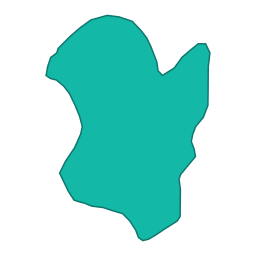 Puryong, Hamgyŏng-bukto, North Korea
{"feature_id": "82179303B95814990753322", "entity_name": "Puryong", "entity_type": "district", "adm_level": 2, "iso_a3": "PRK", "parent_name": "North Korea", "parent_adm1": "Hamgyŏng-bukto", "projection": "robinson", "projection_center": [129.695, 42.122], "detail": "fine", "context": "isolated", "style": "filled", "palette": "teal", "viewbox_px": 256, "rotation_deg": 0, "n_neighbors": 0, "source": "geoboundaries", "source_scale": "gbopen_adm2", "svg_char_len": 926}
<svg xmlns="http://www.w3.org/2000/svg" viewBox="0 0 256 256"><path d="M209.3,51.6L205.6,43.8L198.2,43.8L190.8,49.8L181.9,57.4L174.4,67.9L162.5,75.4L158.1,70.9L156.8,61.9L153.9,54.4L151.0,46.9L146.7,37.9L140.9,30.4L132.2,21.3L119.0,16.9L107.2,15.4L91.0,19.9L80.6,27.4L70.1,36.4L58.2,48.4L56.7,53.0L50.7,57.5L47.7,66.5L46.1,75.5L50.5,78.5L56.3,80.0L63.6,86.0L69.4,93.5L75.2,105.5L79.5,116.0L82.3,126.5L80.7,134.0L74.7,147.6L65.6,161.1L59.6,173.1L65.4,185.1L68.2,191.1L74.0,200.1L78.4,201.6L84.3,203.1L91.7,206.1L103.4,207.6L112.3,210.6L122.6,213.6L129.9,221.1L135.7,230.1L138.5,237.6L142.9,240.6L148.8,239.1L156.3,234.6L165.2,228.6L177.1,221.1L180.1,216.6L180.2,207.6L180.3,200.1L180.4,189.5L179.0,179.0L180.6,174.5L188.0,165.5L195.5,156.5L194.1,149.0L191.3,141.5L192.8,134.0L195.8,126.4L203.3,117.4L207.9,105.4L208.1,88.9L208.2,73.9L208.3,66.3L209.9,52.8L209.3,51.6Z" fill="#14b8a6" stroke="#0f766e" stroke-width="1.5"/></svg>